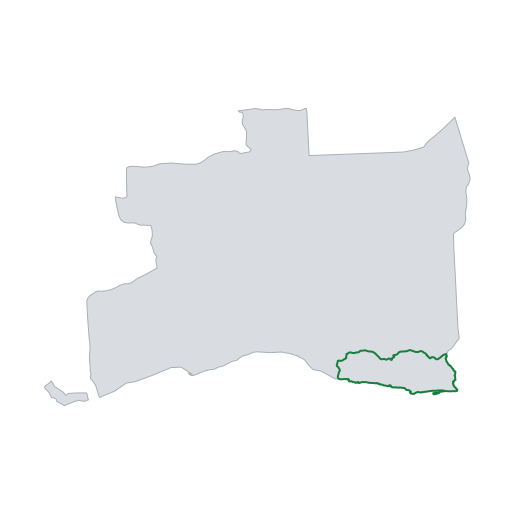 Angola, with Namibe highlighted, rotated 267°
{"feature_id": "AGO-1893", "entity_name": "Namibe", "entity_type": "Province", "adm_level": 1, "iso_a3": "AGO", "parent_name": "Angola", "parent_adm1": "", "projection": "equal_earth", "projection_center": [12.66, -15.394], "detail": "fine", "context": "in_parent", "style": "outline", "palette": "green", "viewbox_px": 512, "rotation_deg": 267, "n_neighbors": 0, "source": "natural_earth", "source_scale": "10m", "svg_char_len": 8113}
<svg xmlns="http://www.w3.org/2000/svg" viewBox="0 0 512 512"><g transform="rotate(267 256 256)"><path d="M401.8,246.0L402.2,250.2L402.7,256.1L403.0,260.3L403.3,262.2L403.4,263.2L403.0,264.2L402.6,266.8L401.9,269.0L401.5,270.6L401.8,273.4L401.1,281.8L401.0,286.0L401.8,293.5L401.6,295.8L399.6,302.6L399.0,306.0L398.9,307.8L400.8,312.9L400.7,313.9L399.1,314.2L397.8,314.3L353.5,314.3L352.2,401.1L352.1,408.5L353.4,418.2L355.8,428.8L356.8,429.8L359.4,431.8L363.0,435.8L365.0,438.8L369.0,444.0L374.4,450.7L384.2,461.9L350.6,470.2L337.8,473.3L336.6,473.2L334.8,472.1L330.7,471.8L325.8,473.4L322.0,473.9L319.2,473.1L316.4,471.7L313.8,469.7L309.1,468.9L302.4,469.5L296.0,469.1L289.9,467.7L285.5,467.2L282.8,467.5L280.0,467.0L277.0,465.9L274.4,463.9L271.4,459.7L269.1,455.6L268.5,455.1L267.7,454.4L267.0,454.3L253.8,454.0L173.3,453.9L163.9,454.6L163.2,454.4L162.0,453.9L161.2,453.0L158.6,450.7L156.3,449.0L153.2,446.1L151.2,442.9L149.5,441.9L146.5,441.3L144.2,440.7L142.3,440.6L139.1,442.1L136.6,443.6L134.9,445.0L131.9,446.7L129.3,448.3L124.9,448.1L123.9,448.4L121.4,448.3L119.1,446.8L116.7,446.9L114.1,448.8L110.3,449.5L111.2,437.5L112.1,432.2L112.1,425.9L111.6,409.5L110.9,407.2L110.5,404.6L112.8,402.5L114.0,401.0L115.6,398.3L116.7,394.4L118.1,386.0L122.9,366.5L125.3,347.5L128.2,338.4L129.3,328.3L137.6,315.1L139.6,307.1L143.9,303.1L150.0,298.9L154.3,291.4L156.4,286.2L158.8,276.2L158.7,265.8L160.3,251.9L159.9,247.9L157.7,242.3L157.3,238.4L155.2,234.5L152.9,231.5L151.9,226.3L148.0,218.0L146.9,212.4L145.1,208.5L144.8,203.5L143.8,198.4L141.9,193.2L140.0,187.4L140.0,185.5L141.2,183.3L142.3,182.6L141.9,183.7L141.2,185.0L141.4,186.0L148.7,175.7L149.1,173.7L148.9,171.5L148.9,168.7L149.1,165.5L142.3,146.5L136.8,128.8L135.9,119.8L128.6,108.1L125.8,100.4L124.1,95.0L122.9,93.0L123.4,92.0L125.2,91.7L129.4,90.5L135.1,89.1L140.3,86.0L141.7,84.6L144.5,84.3L147.4,85.2L148.4,84.6L149.0,84.5L155.7,84.5L158.5,84.3L163.6,84.4L166.8,84.6L168.7,85.0L173.7,85.5L179.9,85.4L182.1,85.1L190.3,84.9L205.6,84.6L213.6,84.6L219.7,84.6L222.5,85.7L225.0,87.9L226.2,89.8L226.7,90.6L227.5,92.7L228.8,94.3L229.3,96.8L228.9,100.2L229.1,104.2L229.9,109.0L231.6,113.9L234.1,119.2L235.2,123.3L234.9,126.4L235.6,129.6L237.5,133.0L238.9,134.8L239.7,136.2L241.8,141.4L248.8,156.0L249.8,156.8L251.3,156.5L254.6,155.9L257.8,155.8L260.1,157.0L261.0,156.8L264.5,154.3L267.9,153.6L271.5,152.6L273.4,151.5L275.5,151.5L281.4,153.5L282.5,153.6L287.3,153.6L292.0,152.5L292.8,144.1L292.8,142.4L294.0,139.3L295.4,136.5L295.6,133.9L295.6,130.3L296.6,126.0L299.8,122.5L305.0,120.8L307.9,120.5L312.6,119.6L319.6,118.6L322.2,118.7L322.4,119.2L320.8,125.2L320.8,127.2L321.3,129.2L322.5,130.3L336.5,130.5L349.9,131.2L350.6,131.5L351.2,131.9L352.1,134.9L351.8,140.7L350.5,149.2L350.9,157.2L353.1,164.6L353.3,175.9L351.3,191.2L350.8,200.9L351.8,205.0L354.0,209.2L357.3,213.6L359.8,219.3L361.6,226.3L362.2,230.8L361.7,232.6L361.7,235.7L362.2,240.2L361.5,243.2L359.7,244.7L359.1,246.7L359.9,250.6L360.1,254.1L361.4,256.4L362.2,256.5L364.1,255.3L366.3,252.9L368.1,251.9L370.7,252.1L374.2,252.7L380.4,253.0L382.3,252.6L388.2,249.4L389.7,249.2L392.0,249.5L395.2,250.4L398.5,250.6L400.1,249.6L400.3,248.3L400.8,246.7L401.8,246.0ZM141.9,44.8L141.5,45.3L138.8,46.8L136.0,48.1L132.3,53.6L130.4,55.9L129.9,56.5L128.2,57.8L126.9,58.9L127.0,59.6L127.8,60.3L128.6,61.4L128.6,70.4L128.2,79.1L127.7,79.9L125.4,80.2L122.2,80.8L121.2,81.2L120.9,80.3L119.8,77.1L120.4,74.1L121.1,71.8L120.3,67.1L118.7,63.0L117.0,57.8L116.5,56.8L117.9,55.1L120.1,51.4L121.0,49.5L123.5,49.0L124.4,47.7L125.1,45.5L125.3,44.3L128.1,43.3L131.5,41.4L133.4,39.5L135.3,38.2L136.5,38.1L137.3,38.7L139.4,42.1L141.3,44.3L141.9,44.8Z" fill="#d9dde1" stroke="#a8b0b8" stroke-width="1"/><path d="M144.3,440.5L143.9,440.1L143.4,440.1L142.8,440.3L140.3,440.9L139.1,441.8L138.3,442.1L137.9,442.4L137.3,442.6L137.2,442.9L137.1,443.2L137.0,443.5L136.8,443.7L136.4,443.9L136.2,444.0L135.8,444.7L135.7,444.9L134.9,445.3L133.8,445.9L133.0,446.8L132.6,447.1L132.0,447.2L131.4,447.5L130.3,448.7L129.8,449.0L129.5,449.1L128.6,448.8L127.2,448.7L126.8,448.5L126.2,448.1L125.7,448.4L125.3,448.6L123.8,448.5L122.1,448.7L122.0,448.3L121.9,448.0L121.6,447.9L121.4,447.8L121.1,447.6L120.9,447.4L120.8,447.2L120.7,447.0L120.6,446.7L120.4,446.3L120.2,446.2L120.1,446.3L120.0,446.5L119.7,446.6L118.9,446.2L118.6,446.0L118.3,446.1L118.2,446.1L117.1,446.3L116.0,446.7L115.0,447.3L113.9,448.4L113.0,449.0L112.5,449.4L112.4,449.6L112.3,449.8L112.2,450.0L111.9,450.0L111.6,450.0L111.2,449.7L110.9,449.6L110.9,449.4L110.7,449.2L110.6,448.9L110.5,448.5L110.5,448.1L110.7,446.8L110.7,442.7L111.0,439.9L111.2,437.5L110.9,435.2L110.9,434.3L111.3,434.1L111.4,435.5L111.8,436.0L112.1,434.7L112.1,432.3L112.2,431.4L112.0,428.4L112.2,425.1L111.1,413.1L111.2,412.4L111.3,411.9L111.8,410.5L111.3,409.0L110.1,406.7L110.1,405.4L110.5,403.5L110.8,403.2L111.3,402.8L111.7,402.6L111.9,402.7L112.0,403.3L112.3,403.5L112.7,403.3L113.9,401.8L114.1,401.4L114.1,400.9L114.2,400.0L114.2,399.6L114.7,398.8L116.1,397.7L116.5,397.0L116.5,396.1L117.0,393.7L117.3,392.8L117.0,392.0L117.1,391.1L117.4,389.3L117.7,385.5L117.8,385.0L118.0,384.6L118.8,383.6L119.0,383.5L119.3,383.8L119.5,383.8L119.8,383.5L119.9,382.9L119.8,382.4L119.7,381.9L119.3,381.7L119.1,381.8L119.0,381.1L119.3,380.1L119.9,378.2L120.0,377.0L120.1,376.6L120.3,376.3L120.6,375.9L120.8,375.6L121.0,375.2L121.2,373.4L121.2,373.0L121.2,372.8L121.4,372.5L121.6,372.5L121.9,372.5L122.1,372.0L122.3,371.2L122.8,370.1L122.8,369.6L122.7,369.0L122.6,368.4L122.7,368.0L122.9,367.3L123.2,364.9L123.4,362.4L123.5,362.0L123.9,361.2L124.1,360.0L124.4,357.9L124.5,355.9L124.4,354.8L124.2,353.8L124.0,353.3L123.9,353.0L123.9,352.7L123.8,352.2L123.7,352.0L123.8,351.8L124.0,351.9L124.2,351.7L124.5,351.7L124.7,351.3L124.7,351.1L124.7,350.8L124.7,350.5L124.5,350.0L124.2,349.6L124.1,349.2L124.5,348.3L124.6,347.7L125.1,346.9L125.2,346.5L125.2,346.0L125.4,345.5L125.8,344.7L125.8,344.3L125.9,343.2L125.9,342.7L126.1,342.3L126.7,342.1L126.8,341.9L127.0,341.8L127.5,342.2L127.6,342.3L127.8,342.3L128.2,341.6L128.4,340.5L128.5,337.1L128.4,334.0L128.5,333.6L128.9,332.8L128.9,332.4L129.7,331.7L130.2,331.4L130.8,331.3L133.0,331.9L134.2,332.4L135.8,332.7L136.9,333.6L137.4,333.8L138.1,333.7L140.7,332.3L141.1,332.0L141.4,331.5L141.8,331.1L142.4,330.9L146.8,332.2L147.2,332.8L147.2,333.3L146.9,334.8L146.8,335.5L147.0,336.2L147.3,337.0L148.2,338.5L148.8,339.9L149.1,340.5L149.5,340.8L150.7,340.7L151.4,340.9L152.3,341.3L152.7,341.4L153.4,341.3L153.7,342.4L154.0,342.9L154.4,343.5L154.7,344.1L154.8,344.8L154.7,345.7L154.6,346.1L154.2,347.0L153.9,348.8L154.5,351.6L154.4,352.7L154.5,353.3L154.9,354.1L155.4,354.5L155.8,355.1L156.1,360.2L154.9,363.1L154.7,364.8L154.6,365.6L154.5,366.3L154.0,367.8L153.5,368.6L152.9,369.5L148.5,373.5L148.0,374.0L147.6,374.1L147.0,374.5L146.6,375.2L146.3,376.0L146.5,378.3L146.4,378.9L145.9,380.0L145.7,380.5L145.7,381.1L146.7,383.2L146.7,383.7L146.5,384.2L145.6,384.9L145.2,385.4L145.2,386.0L145.6,386.4L146.6,386.5L147.1,386.8L147.3,387.5L147.5,388.2L147.9,388.7L148.4,388.7L148.9,388.2L149.4,387.9L149.8,388.4L149.9,389.0L150.1,391.0L150.3,391.7L150.8,392.3L151.3,392.8L152.1,393.3L152.9,395.0L153.0,401.4L153.9,404.2L153.9,405.0L153.7,405.8L152.1,409.7L151.8,410.5L151.7,411.4L151.6,412.2L151.7,412.9L152.3,414.8L152.4,415.8L152.0,417.1L151.9,417.3L151.3,417.8L149.8,420.1L149.1,420.8L148.4,421.4L148.2,421.4L148.0,421.2L147.9,421.2L147.6,421.8L147.5,422.0L147.3,422.0L147.2,422.0L146.9,422.2L146.8,422.3L146.3,423.0L146.1,423.2L145.9,423.2L145.6,423.3L145.4,423.4L145.3,423.5L145.1,424.0L144.7,424.7L145.2,425.4L145.4,425.6L145.6,425.8L145.7,426.2L145.8,426.9L145.6,427.9L145.2,428.7L144.7,429.3L144.2,429.7L143.7,430.3L143.4,430.9L143.4,431.7L143.6,432.5L144.6,434.2L147.1,437.5L147.8,439.1L148.1,440.6L147.5,440.8L147.4,440.8L147.2,440.7L146.9,440.8L146.3,441.1L146.3,440.9L146.0,441.0L145.7,441.0L145.2,440.9L145.0,440.7L144.8,440.4L144.6,440.3L144.3,440.5ZM109.9,429.5L109.9,430.7L110.2,431.9L110.2,432.3L109.7,431.6L109.3,430.7L108.6,427.6L108.6,426.7L108.8,426.3L109.3,425.8L109.8,426.0L109.8,427.5L109.9,428.2L109.9,429.5Z" fill="none" stroke="#15803d" stroke-width="2"/></g></svg>